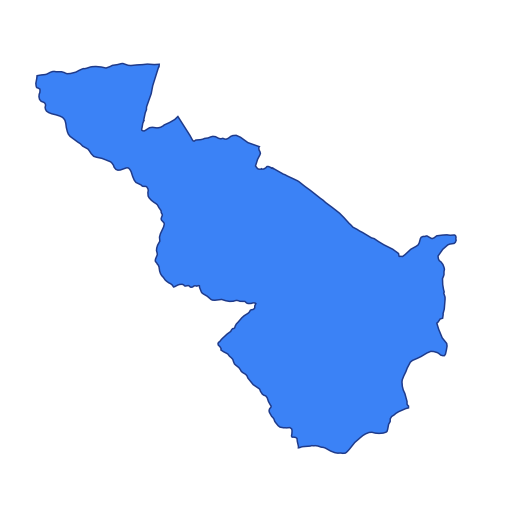 Tena, Cundinamarca, Colombia, rotated 84°
{"feature_id": "7082276B40758433755427", "entity_name": "Tena", "entity_type": "district", "adm_level": 2, "iso_a3": "COL", "parent_name": "Colombia", "parent_adm1": "Cundinamarca", "projection": "mercator", "projection_center": [-74.399, 4.648], "detail": "fine", "context": "isolated", "style": "filled", "palette": "blue", "viewbox_px": 512, "rotation_deg": 84, "n_neighbors": 0, "source": "geoboundaries", "source_scale": "gbopen_adm2", "svg_char_len": 6035}
<svg xmlns="http://www.w3.org/2000/svg" viewBox="0 0 512 512"><g transform="rotate(84 256 256)"><path d="M53.8,454.9L56.6,455.5L61.3,456.9L63.8,456.9L65.0,456.7L65.7,456.3L66.3,455.0L67.4,453.5L69.0,453.5L70.9,453.9L72.4,454.7L74.9,455.2L77.6,454.9L79.7,453.5L81.1,450.8L82.0,450.0L83.0,449.6L84.0,449.5L86.2,450.2L88.2,450.0L90.0,449.2L91.7,447.2L93.2,444.3L94.7,440.1L96.4,436.3L97.8,434.1L99.0,433.0L101.1,431.8L104.4,431.3L108.4,431.2L112.7,430.6L115.2,429.9L117.6,428.4L124.1,421.3L125.9,419.0L128.6,416.9L132.0,412.0L133.7,410.9L137.0,409.2L139.9,407.0L141.1,404.3L142.8,399.0L147.1,390.8L148.6,389.5L150.8,388.3L152.9,387.8L155.2,386.3L156.2,384.4L156.3,382.0L154.8,375.7L154.9,374.2L155.6,373.2L156.9,372.3L159.0,371.4L164.2,370.3L168.0,369.1L170.3,367.7L173.3,362.9L174.4,362.0L174.9,361.2L175.2,358.7L175.5,357.8L176.4,357.1L178.1,356.4L179.5,356.3L181.7,356.9L185.1,357.0L187.0,356.2L189.6,354.3L192.0,351.8L193.5,349.9L194.8,348.7L197.7,347.5L201.0,345.7L203.0,345.7L204.8,344.9L205.7,344.9L207.9,346.0L209.2,346.5L210.5,346.2L213.2,344.2L214.1,343.9L214.8,343.9L217.5,344.9L223.8,348.7L227.1,350.0L231.2,350.1L234.9,352.7L237.7,353.9L240.2,354.4L242.6,354.0L244.4,354.0L248.2,356.1L249.6,356.6L250.9,356.6L253.0,355.2L253.6,355.1L254.8,354.2L256.7,353.6L260.9,353.4L263.6,352.8L265.7,351.8L267.7,350.3L270.4,348.8L271.8,347.5L273.6,345.5L274.5,344.0L275.9,342.5L278.2,341.2L278.0,340.1L276.7,336.8L276.3,334.9L276.4,332.4L277.1,331.0L278.2,330.2L278.5,329.6L278.3,326.5L278.9,325.4L280.0,324.6L280.3,323.8L280.2,322.3L279.4,320.9L279.2,320.1L279.4,318.8L279.8,318.1L279.4,316.6L279.7,315.4L281.4,315.4L286.1,314.1L287.3,313.4L288.4,312.1L290.9,308.7L294.6,305.2L295.3,303.9L295.7,301.6L295.6,294.7L297.3,290.8L298.4,287.0L298.6,283.3L298.2,281.2L298.1,279.8L298.6,278.2L299.4,276.6L300.0,271.8L301.8,270.2L302.4,268.9L302.7,265.9L302.3,263.8L302.4,262.8L302.9,261.5L303.3,261.1L305.4,262.4L307.5,262.7L308.5,263.7L308.9,264.6L309.0,266.4L309.4,267.3L311.2,268.6L312.1,269.8L314.2,274.1L316.0,276.6L320.1,280.9L321.5,282.6L323.5,284.0L325.2,284.7L325.8,285.7L325.8,286.8L326.7,287.9L328.4,289.1L330.6,292.9L333.8,297.2L335.3,299.1L337.4,301.1L337.9,302.2L338.9,302.9L340.5,302.9L342.5,301.3L344.5,300.4L345.8,300.7L347.8,298.3L349.9,295.1L350.6,294.2L352.8,292.9L354.6,291.2L356.4,289.9L358.8,289.4L361.1,288.7L362.7,287.3L365.2,284.7L367.5,283.4L369.0,282.8L370.3,281.7L372.5,278.8L374.0,277.6L376.6,276.8L383.6,272.3L388.6,266.4L389.7,266.0L391.0,265.7L394.1,264.1L395.3,262.7L396.1,261.0L398.1,259.7L402.1,258.8L405.4,257.4L406.7,256.7L407.3,256.7L408.3,257.2L408.9,258.0L409.8,258.7L411.4,259.2L412.9,259.0L417.1,257.2L418.4,256.1L420.0,255.2L422.2,254.7L423.6,254.0L427.1,251.7L428.7,250.0L429.8,246.2L429.8,245.1L430.1,243.9L430.2,240.2L431.7,238.6L433.5,238.4L436.6,238.9L438.7,239.5L439.9,239.0L440.1,237.3L440.6,235.5L441.7,234.3L444.8,234.3L449.7,233.7L451.2,233.9L451.1,232.6L450.6,230.7L450.5,229.3L450.7,222.1L450.4,220.4L450.8,218.4L450.8,216.9L451.4,214.4L452.9,211.2L453.4,209.0L454.2,207.2L457.8,202.1L459.8,198.2L460.6,195.4L460.8,192.2L461.3,190.5L461.4,188.0L460.8,186.7L459.6,185.2L457.8,183.2L451.8,177.3L447.7,171.5L445.7,168.5L444.3,165.5L443.3,162.0L443.4,159.1L444.6,155.9L445.3,152.2L445.4,148.0L444.8,145.1L444.2,144.1L442.2,143.2L437.2,141.7L434.7,139.9L431.9,139.5L429.8,137.9L428.4,135.1L427.1,133.3L425.7,130.3L423.4,123.0L423.0,120.2L421.2,120.0L419.6,121.2L418.2,121.2L416.5,121.0L408.5,122.3L404.5,123.6L400.9,124.1L396.6,124.0L394.4,123.5L390.6,121.5L386.6,119.0L383.2,117.3L377.7,113.6L376.2,111.3L374.5,105.9L373.2,102.3L370.3,96.1L369.1,92.1L369.6,89.2L371.1,85.6L372.5,83.9L373.9,82.6L374.7,80.5L374.8,79.0L373.3,77.8L369.5,76.5L365.5,75.4L362.9,75.5L356.8,79.4L347.9,82.0L341.7,83.2L340.7,81.8L337.9,79.5L337.4,76.9L333.9,76.0L332.9,76.0L328.4,74.3L318.8,72.5L316.6,72.3L312.5,73.2L311.5,72.6L308.9,73.0L304.0,73.3L298.0,72.9L295.8,71.7L294.2,71.0L291.3,70.7L288.9,70.0L287.0,70.2L284.0,71.0L281.3,72.6L279.8,74.2L278.0,74.9L275.1,75.0L268.9,69.6L265.0,64.1L264.4,62.1L264.2,57.7L263.2,56.3L261.2,55.3L260.0,55.5L258.1,55.1L256.5,55.5L255.8,56.6L255.7,60.7L254.9,63.9L254.7,68.0L254.8,74.1L256.6,77.1L257.1,79.0L256.6,80.1L253.9,83.9L253.9,84.9L254.2,85.8L254.0,87.8L254.6,89.7L255.9,90.7L260.0,92.3L261.9,93.6L263.1,95.7L265.5,101.4L270.2,107.6L271.8,110.3L271.4,112.4L271.4,113.4L271.1,113.8L268.4,114.0L263.5,119.4L258.2,127.7L254.5,132.6L251.1,136.6L250.0,139.3L243.8,147.5L242.0,150.3L240.0,152.8L237.5,156.6L234.4,158.9L233.7,159.7L227.2,164.4L222.2,168.4L215.8,175.0L210.2,181.1L207.5,183.5L205.3,186.0L196.5,195.0L192.1,199.9L186.6,205.5L185.5,206.9L179.7,216.5L178.1,218.8L177.5,220.2L170.8,229.5L171.0,229.7L170.7,230.2L170.1,230.3L170.3,231.4L169.9,231.4L168.6,233.7L168.2,234.7L168.2,235.8L169.3,237.0L170.3,239.2L170.2,241.3L169.8,241.5L170.1,242.1L170.0,244.0L169.3,245.3L166.4,247.1L160.0,244.3L155.9,241.6L154.4,240.9L152.5,241.2L151.2,241.8L149.6,242.0L148.4,241.8L147.9,241.6L147.6,241.3L142.4,252.2L136.3,259.0L133.9,263.1L133.8,266.5L134.4,268.6L136.0,271.2L136.7,273.4L136.5,274.7L135.5,276.7L135.8,278.7L135.1,280.8L133.1,283.8L132.5,286.4L132.8,288.5L133.6,291.3L133.7,294.9L134.2,296.3L134.5,298.8L134.4,303.8L135.3,305.4L135.0,306.4L134.0,307.1L129.2,309.1L109.1,319.1L111.8,322.6L114.2,328.0L116.1,333.7L116.8,334.6L118.0,337.4L118.3,339.9L118.2,341.4L117.2,345.4L117.2,346.9L117.3,348.5L119.9,353.8L119.9,354.5L119.6,355.6L118.9,356.5L117.6,356.4L116.7,356.0L112.1,354.7L109.8,353.4L109.8,353.7L102.0,351.2L98.9,349.6L97.5,349.5L96.1,349.2L83.7,343.3L75.8,340.9L58.5,333.4L57.7,333.0L57.7,332.7L55.2,332.2L55.0,337.1L53.8,343.9L53.8,348.9L53.5,354.7L53.5,360.5L53.0,363.2L50.6,368.3L50.6,369.9L51.2,373.9L51.4,378.9L52.3,381.2L53.4,385.5L51.9,390.0L50.8,395.4L50.6,398.9L50.7,400.8L51.6,405.0L51.8,406.8L51.6,408.1L51.9,409.4L52.9,412.5L54.3,415.9L55.1,421.4L55.0,424.7L54.4,426.2L53.6,427.3L52.4,430.2L51.9,435.4L51.3,437.5L51.3,439.2L51.8,441.3L53.3,445.2L53.5,446.8L53.5,450.8L53.8,454.9Z" fill="#3b82f6" stroke="#1e3a8a" stroke-width="1.5"/></g></svg>